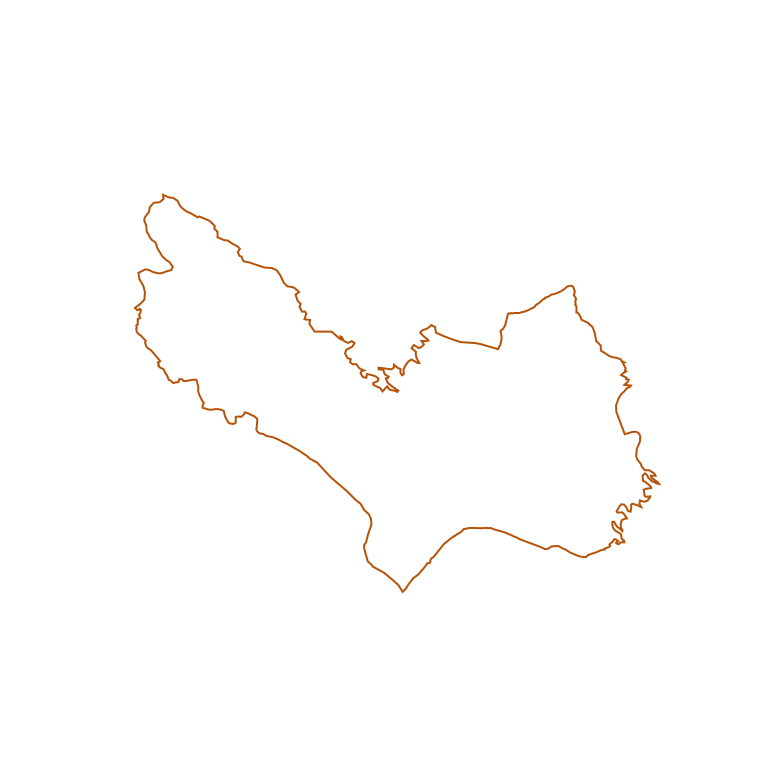 Kouroussa, Kouroussa, Guinea (Equal Earth projection), rotated 118°
{"feature_id": "49546643B25969650419510", "entity_name": "Kouroussa", "entity_type": "district", "adm_level": 2, "iso_a3": "GIN", "parent_name": "Guinea", "parent_adm1": "Kouroussa", "projection": "equal_earth", "projection_center": [-10.122, 10.487], "detail": "fine", "context": "isolated", "style": "outline", "palette": "amber", "viewbox_px": 768, "rotation_deg": 118, "n_neighbors": 0, "source": "geoboundaries", "source_scale": "gbopen_adm2", "svg_char_len": 6153}
<svg xmlns="http://www.w3.org/2000/svg" viewBox="0 0 768 768"><g transform="rotate(118 384 384)"><path d="M309.7,365.7L309.8,370.0L311.9,370.5L315.2,372.2L318.0,374.9L320.8,376.2L321.9,375.9L323.3,371.0L324.2,366.5L324.9,365.2L326.9,367.9L328.4,371.1L330.3,367.4L333.4,368.2L336.0,370.0L335.5,375.9L339.4,376.6L340.6,370.9L342.9,369.9L345.5,367.7L349.0,362.7L349.6,364.1L349.5,371.3L353.0,373.2L358.5,373.8L362.1,373.6L365.9,371.2L367.8,372.1L366.3,374.9L363.0,376.4L363.4,379.2L362.3,384.3L364.8,383.0L367.5,384.2L372.2,396.5L373.6,395.6L371.8,391.5L375.1,387.8L375.3,383.3L376.3,383.2L378.2,385.0L381.3,381.1L382.4,375.3L383.2,368.3L384.8,368.6L384.9,371.4L386.2,375.4L386.0,377.6L384.5,380.1L391.3,381.9L389.3,385.5L389.7,390.1L389.7,393.1L388.2,394.0L384.4,390.9L382.0,391.3L381.2,394.4L381.5,397.4L383.1,403.7L386.8,402.5L387.8,405.8L385.5,409.8L383.1,410.0L381.4,408.1L381.7,413.2L379.5,417.9L381.3,420.9L380.5,424.4L377.7,425.0L378.3,428.5L375.3,432.7L371.7,433.5L365.8,429.5L361.7,429.2L361.3,432.6L364.6,435.1L364.8,439.8L362.4,443.2L362.5,444.7L364.8,443.1L364.6,445.4L362.3,454.7L370.3,469.9L366.0,478.1L362.2,479.3L364.2,484.6L358.2,485.7L357.2,487.9L358.6,490.4L355.7,494.7L352.4,495.2L351.2,499.2L346.7,504.0L342.6,502.2L341.1,509.1L343.1,515.2L341.6,520.0L336.5,527.0L333.8,532.6L334.3,537.3L337.4,544.6L340.0,560.3L341.6,565.5L339.8,568.2L338.4,569.5L338.7,571.9L336.3,574.9L332.2,574.8L331.3,578.5L331.3,582.9L330.7,589.3L332.1,592.9L332.6,599.9L327.8,602.4L326.5,606.8L323.9,607.6L321.8,614.9L322.8,625.8L324.3,626.7L324.0,633.7L324.3,639.3L323.7,643.8L322.4,647.9L319.2,652.2L318.6,657.7L320.2,661.3L320.7,667.9L324.1,665.5L328.8,667.4L332.1,672.4L338.1,673.8L342.0,672.3L349.0,673.4L352.0,672.6L355.7,668.4L361.1,664.8L362.3,662.3L364.8,659.1L365.9,656.1L366.1,653.1L367.0,651.3L370.4,648.1L375.4,639.6L376.8,634.3L377.1,630.7L379.7,625.6L383.3,625.3L387.6,629.9L389.4,631.2L391.9,634.2L393.6,640.6L393.7,645.4L394.9,648.6L401.2,653.0L406.3,649.1L410.5,642.4L415.3,638.1L422.0,635.2L427.4,636.7L433.8,639.6L434.7,636.7L433.8,635.4L432.5,635.3L432.5,633.6L435.7,632.5L437.8,632.9L440.1,630.4L440.6,630.4L442.0,631.9L443.1,631.7L443.8,630.9L445.0,630.6L447.1,629.3L448.0,630.0L448.9,630.1L450.4,628.7L451.6,628.7L453.9,626.9L455.2,624.1L455.4,621.4L457.8,614.6L459.5,614.5L462.4,611.5L463.2,609.6L463.6,605.5L468.8,592.4L469.5,592.5L471.2,593.8L472.7,591.8L473.5,592.1L474.2,591.2L474.7,588.7L474.3,585.8L477.0,582.2L478.4,579.4L481.2,576.2L481.4,575.3L481.1,573.6L481.9,571.9L482.0,570.2L480.8,569.3L478.8,566.4L475.9,567.0L475.2,566.0L474.6,564.3L475.3,563.5L475.4,562.3L474.9,561.0L470.0,554.7L468.7,552.6L468.6,551.4L473.6,546.7L477.9,544.5L480.7,541.5L484.2,536.5L485.4,534.2L488.2,534.0L490.1,533.1L490.2,532.2L489.4,530.1L489.1,527.1L486.9,522.9L486.0,522.1L484.3,519.3L483.1,515.3L483.1,512.6L486.6,509.8L488.5,507.4L491.2,503.0L491.2,501.6L490.1,498.5L489.2,497.5L487.8,496.8L482.7,499.4L481.1,497.4L480.2,495.0L479.5,494.4L475.9,493.2L474.5,493.7L473.8,491.5L473.6,485.2L473.3,484.0L474.3,479.7L476.2,478.5L484.2,475.2L485.2,474.1L486.1,471.1L484.7,466.9L485.1,464.6L484.7,462.1L483.5,458.6L483.0,455.6L482.6,450.9L482.7,445.0L482.3,441.9L482.8,427.3L483.8,417.8L484.8,414.1L484.7,406.4L491.4,387.1L496.0,366.4L499.8,354.1L500.7,348.6L504.6,342.2L506.0,336.5L508.8,332.5L513.8,329.2L525.1,327.3L531.6,325.6L536.0,325.8L538.7,324.1L548.3,315.0L549.2,310.8L550.5,308.0L550.7,295.3L552.6,285.9L554.6,277.3L558.8,269.9L554.6,268.7L549.2,268.3L541.7,267.0L536.4,264.4L526.4,262.1L521.8,261.5L521.3,260.5L519.8,259.3L518.4,260.1L516.0,260.4L513.5,259.0L497.3,256.0L487.8,252.0L486.0,250.7L485.3,250.8L484.4,249.8L482.5,249.1L478.3,246.4L474.7,245.5L470.6,240.4L465.7,230.4L462.8,225.8L462.9,225.3L461.0,222.0L460.7,218.6L458.4,208.3L457.6,199.4L457.7,197.4L457.2,194.5L457.3,190.8L454.5,169.9L454.2,164.6L453.4,162.8L452.3,161.8L448.6,159.6L445.2,154.1L445.3,148.9L445.0,145.9L445.4,140.5L444.6,131.5L443.8,128.5L441.9,124.3L439.7,123.7L437.7,122.2L432.6,117.3L428.9,114.4L427.0,112.4L426.7,111.5L425.9,111.9L422.4,109.0L421.0,108.3L419.8,109.6L415.5,108.0L413.1,107.8L412.6,107.4L412.4,106.1L412.9,103.4L415.3,104.5L415.6,103.1L415.2,101.5L413.1,100.7L411.8,99.4L411.0,97.4L409.7,98.3L409.2,101.2L405.2,104.5L404.9,111.1L403.2,114.6L400.1,116.9L398.6,117.6L397.6,116.2L400.6,111.4L400.8,108.7L401.9,104.6L400.8,105.1L399.7,107.2L396.9,109.1L392.8,110.2L390.0,108.2L388.7,106.4L386.3,110.7L385.4,113.2L388.0,117.6L387.3,118.8L381.6,118.7L378.8,118.0L377.8,115.4L379.1,112.2L381.6,108.8L380.9,106.4L377.4,107.5L374.8,109.1L373.1,108.5L372.3,104.8L371.9,99.2L370.0,102.1L366.7,103.3L365.7,98.7L363.2,96.5L361.8,96.6L359.7,95.8L358.3,96.3L360.8,100.1L360.0,101.9L358.1,102.9L355.5,105.1L353.8,103.8L350.5,99.3L349.3,100.3L348.7,102.7L347.7,107.8L347.9,109.8L343.3,112.7L340.4,111.7L340.8,109.3L342.7,106.5L344.0,102.1L343.7,96.2L343.1,94.2L342.2,96.3L341.3,103.3L339.8,105.3L337.5,101.2L336.2,103.1L335.6,109.2L337.7,113.3L336.1,117.4L334.1,119.5L331.7,124.8L329.7,127.3L322.8,130.3L314.8,131.0L309.6,133.3L307.9,135.9L307.8,138.7L309.6,142.1L315.3,147.9L299.5,165.8L293.9,169.1L286.7,170.1L282.0,169.9L277.4,168.3L273.7,167.6L270.9,165.4L269.4,165.2L271.9,171.3L267.6,169.7L265.2,170.0L266.1,172.6L264.6,173.0L264.8,178.8L262.1,177.9L259.2,176.1L259.1,177.6L257.0,177.9L256.1,178.8L253.2,183.2L252.1,182.0L252.1,185.4L251.0,186.6L251.7,190.8L253.0,194.7L253.5,197.7L252.7,208.2L248.3,210.7L246.3,216.9L240.1,221.8L236.1,226.3L235.1,228.6L235.4,230.0L234.3,231.6L234.5,239.8L231.8,242.9L230.0,246.5L230.5,247.7L225.6,250.2L224.5,251.4L224.3,252.4L222.8,252.7L221.2,254.1L220.1,254.0L218.3,254.7L216.3,258.2L213.0,258.7L209.7,262.1L209.3,263.1L209.2,264.3L210.3,266.3L211.8,267.9L215.0,269.1L219.2,271.3L223.6,274.8L226.5,278.2L229.5,279.7L232.4,282.4L233.5,282.3L234.1,283.1L239.3,285.0L242.4,286.7L245.9,287.6L253.1,292.9L257.9,298.1L260.0,302.1L261.6,304.0L261.7,305.0L262.6,305.8L262.9,306.9L263.8,307.4L275.4,304.6L279.0,304.7L282.6,306.0L286.8,302.5L290.0,301.0L295.1,299.7L299.7,299.7L303.5,317.9L305.3,323.3L311.1,336.1L312.5,344.5L313.6,353.0L314.3,362.2L309.7,365.7Z" fill="none" stroke="#b45309" stroke-width="2"/></g></svg>